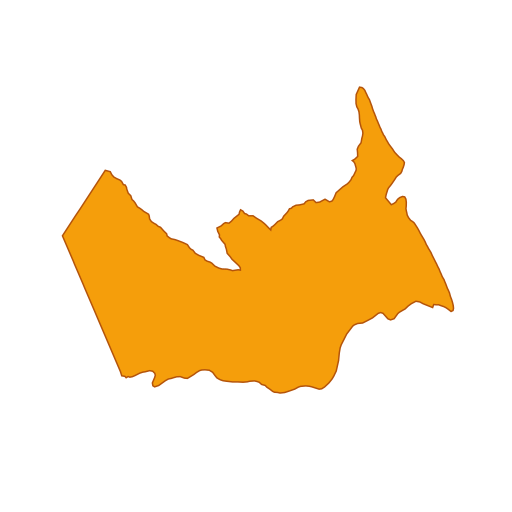 Araioses, Maranhão, Brazil (Robinson projection), rotated 61°
{"feature_id": "56859067B64575087706788", "entity_name": "Araioses", "entity_type": "district", "adm_level": 2, "iso_a3": "BRA", "parent_name": "Brazil", "parent_adm1": "Maranhão", "projection": "robinson", "projection_center": [-42.029, -2.955], "detail": "fine", "context": "isolated", "style": "filled", "palette": "amber", "viewbox_px": 512, "rotation_deg": 61, "n_neighbors": 0, "source": "geoboundaries", "source_scale": "gbopen_adm2", "svg_char_len": 4786}
<svg xmlns="http://www.w3.org/2000/svg" viewBox="0 0 512 512"><g transform="rotate(61 256 256)"><path d="M108.0,346.3L129.6,387.1L133.0,393.8L144.5,415.5L172.2,418.3L175.2,418.7L185.4,419.7L188.3,420.0L196.3,420.8L200.6,421.3L225.3,423.8L232.9,424.6L291.3,430.6L295.7,431.5L297.7,429.0L299.5,428.6L299.4,426.3L300.8,425.1L301.6,422.7L301.9,419.8L302.1,414.5L302.7,411.3L303.5,409.2L304.7,404.6L306.7,402.2L309.5,401.4L311.5,401.9L313.2,403.6L316.8,408.2L319.5,409.1L321.3,408.1L322.1,403.9L321.1,395.6L321.1,392.2L322.0,389.4L322.4,387.3L323.2,383.9L324.8,380.7L328.1,377.8L329.8,375.3L329.5,367.8L329.0,364.4L328.9,360.8L329.4,358.7L330.8,355.8L333.3,352.2L336.7,350.3L340.7,349.8L343.6,349.3L345.5,348.2L347.0,347.2L349.1,345.3L351.0,342.8L354.8,337.5L357.6,332.5L360.1,328.5L361.8,324.7L362.5,322.2L364.5,317.9L366.2,316.0L368.0,314.4L371.0,313.4L373.7,310.7L376.0,310.1L379.3,308.4L382.4,307.1L384.0,306.0L385.8,303.3L387.5,301.4L389.3,297.1L390.1,293.0L391.2,286.6L391.2,282.5L391.6,280.3L393.7,275.5L395.7,272.6L397.4,270.7L403.1,265.3L404.0,262.9L403.8,259.5L402.4,253.9L401.6,251.9L400.4,249.0L398.7,246.1L397.6,244.6L395.5,241.6L387.5,234.5L381.1,230.1L377.1,226.9L374.9,224.4L368.2,214.5L364.2,205.4L363.9,203.4L364.3,199.8L366.3,195.2L366.5,189.9L366.6,184.1L365.4,176.9L365.9,174.4L367.7,172.7L374.9,171.1L377.1,169.3L377.8,165.6L375.1,159.9L374.7,157.9L374.6,154.3L374.6,151.2L373.5,147.1L373.0,143.2L373.1,138.1L375.6,135.0L378.6,133.1L380.1,131.9L386.7,126.5L384.6,124.1L386.2,121.8L387.2,119.9L389.0,118.4L391.4,116.2L393.5,114.8L395.6,113.8L397.2,113.1L399.1,112.3L399.2,110.1L397.5,108.6L394.9,107.5L391.7,106.6L388.8,106.0L385.8,105.6L384.1,105.2L382.2,104.7L379.5,104.4L377.2,104.3L375.1,104.0L372.5,103.6L369.6,103.3L367.7,103.0L366.0,103.1L364.0,103.1L361.6,102.8L358.9,102.6L356.0,102.2L354.3,102.2L352.4,102.1L350.2,101.9L348.5,101.9L346.5,101.8L343.9,101.7L341.0,101.6L337.8,101.3L334.9,101.4L333.0,101.5L330.9,101.4L328.6,101.5L325.9,101.2L322.9,101.1L320.1,101.2L317.6,101.3L315.1,101.3L313.0,101.2L309.8,101.2L307.0,101.4L305.2,101.5L303.4,101.7L301.7,102.4L299.7,103.5L296.4,104.0L293.5,103.9L291.7,103.3L289.3,102.6L287.3,101.9L285.0,100.3L281.9,98.5L278.9,97.3L276.4,97.3L275.0,98.9L274.6,101.8L274.9,104.0L275.6,105.8L276.6,107.5L276.9,110.2L276.7,112.8L267.9,114.5L266.3,113.2L264.7,111.7L263.1,110.0L261.7,108.6L260.6,106.9L259.6,104.3L258.5,101.9L257.3,99.5L256.2,97.3L254.9,95.0L254.3,92.6L253.9,89.5L252.8,87.6L251.1,85.9L249.8,84.2L248.0,82.3L246.2,80.9L244.1,80.9L241.4,81.7L238.9,82.8L236.0,83.6L232.8,84.4L230.9,84.6L228.7,84.7L226.0,85.1L223.8,85.4L222.1,85.6L219.6,85.6L217.6,85.7L215.6,85.6L213.8,85.5L211.9,85.8L210.0,85.6L208.0,85.6L205.5,85.2L203.6,85.2L201.6,84.9L199.4,84.7L197.1,84.4L194.2,84.2L192.5,83.8L190.5,83.6L188.7,83.3L187.0,83.2L185.2,82.9L183.4,82.6L181.3,82.1L178.6,81.7L176.7,81.4L174.2,81.0L172.0,81.1L170.2,81.0L168.2,80.8L165.9,80.7L163.9,80.5L161.6,80.9L160.0,81.7L158.5,83.6L163.3,90.0L164.7,90.9L167.6,92.7L171.2,94.6L174.4,95.5L176.8,95.5L179.7,96.0L182.7,97.2L185.5,98.6L188.7,100.1L190.6,100.7L195.2,101.9L197.6,101.9L200.3,102.9L202.7,104.7L204.3,106.3L207.9,109.2L209.7,113.2L211.7,115.7L214.9,117.1L218.2,118.8L219.2,122.8L219.2,125.5L221.0,124.8L223.1,124.7L227.8,125.8L229.5,126.8L233.0,131.7L233.7,133.8L235.4,136.0L236.6,138.9L237.2,141.1L237.6,146.4L239.5,155.2L242.3,158.7L244.1,161.3L244.8,163.1L244.2,165.5L239.8,168.1L239.7,174.2L238.4,177.6L234.7,178.7L232.7,183.4L232.7,186.2L233.7,188.7L232.4,193.2L231.0,196.4L230.8,200.2L231.4,201.9L230.9,203.8L232.4,206.2L233.2,208.1L234.6,212.5L236.3,214.9L236.6,217.0L236.5,220.4L237.7,224.4L238.2,226.7L238.3,228.8L240.4,230.5L236.9,231.5L233.8,232.3L231.6,233.0L227.9,234.5L223.1,237.3L219.4,239.1L217.3,242.9L214.7,244.0L213.3,245.4L210.4,245.7L208.1,247.1L209.5,249.0L211.3,250.6L212.4,257.1L213.6,260.5L214.2,263.7L212.0,266.6L212.0,268.6L212.8,271.9L212.6,276.6L215.9,277.5L219.8,277.7L221.6,278.9L223.7,278.5L225.4,278.5L230.8,277.4L232.8,278.1L235.6,278.6L239.7,279.9L244.1,278.9L247.1,278.6L256.1,275.7L258.6,275.4L260.8,276.5L259.4,278.3L257.4,283.7L255.9,285.0L253.4,287.8L250.9,292.0L248.5,294.4L244.9,296.9L240.9,298.1L239.0,299.2L236.9,301.2L234.7,302.5L231.9,302.3L227.7,305.7L224.2,307.8L220.3,308.4L218.7,309.5L216.6,310.2L212.8,310.5L210.7,312.0L208.9,313.3L204.6,316.9L202.3,319.0L199.9,321.8L198.0,322.9L195.4,324.0L193.2,323.4L189.6,324.5L184.6,325.6L182.6,327.2L179.9,328.1L178.1,329.3L175.2,330.8L172.1,331.1L169.2,330.0L167.4,329.7L162.5,332.6L160.2,333.4L157.9,334.5L155.5,335.9L150.8,336.0L148.4,336.4L146.5,337.1L142.6,336.3L139.1,337.3L134.8,336.6L133.2,336.0L130.5,336.0L129.3,337.4L125.6,337.4L123.6,338.2L120.7,340.4L118.1,342.0L115.0,342.7L111.6,342.6L108.0,346.3Z" fill="#f59e0b" stroke="#b45309" stroke-width="1.5"/></g></svg>